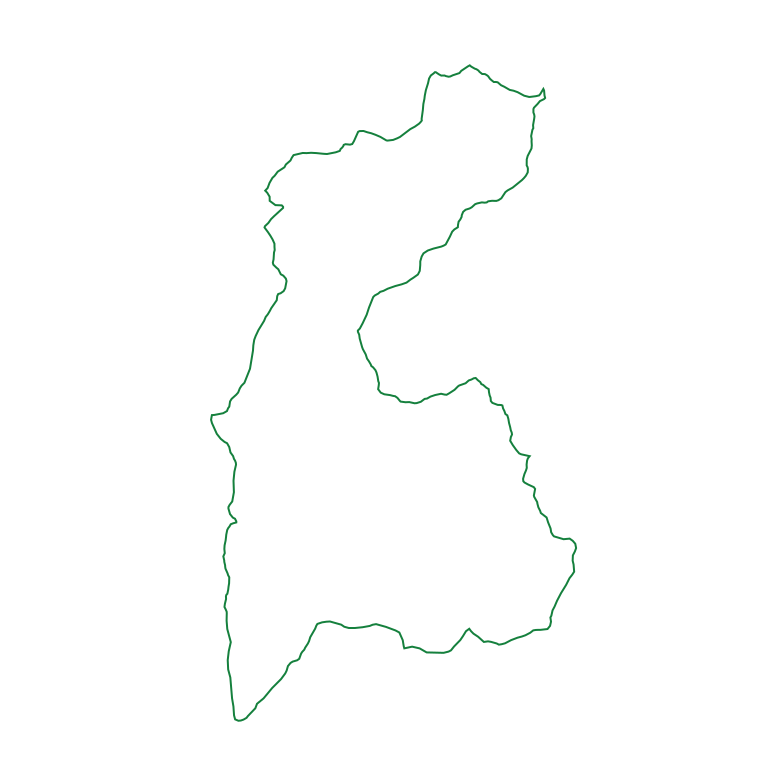 Dangchhu, Wangdi Phodrang, Bhutan (Natural Earth projection), rotated 165°
{"feature_id": "84629894B29332894979808", "entity_name": "Dangchhu", "entity_type": "district", "adm_level": 2, "iso_a3": "BTN", "parent_name": "Bhutan", "parent_adm1": "Wangdi Phodrang", "projection": "natural_earth1", "projection_center": [90.174, 27.6], "detail": "fine", "context": "isolated", "style": "outline", "palette": "green", "viewbox_px": 768, "rotation_deg": 165, "n_neighbors": 0, "source": "geoboundaries", "source_scale": "gbopen_adm2", "svg_char_len": 6160}
<svg xmlns="http://www.w3.org/2000/svg" viewBox="0 0 768 768"><g transform="rotate(165 384 384)"><path d="M254.2,672.0L255.6,671.2L258.9,669.9L261.4,667.4L263.7,663.0L267.5,657.0L270.0,651.9L271.2,648.9L273.5,644.3L275.6,638.5L279.1,630.2L279.3,628.7L280.6,627.7L282.7,626.4L287.6,624.6L292.6,623.4L304.6,618.5L307.7,617.9L312.0,617.4L317.6,618.2L318.7,618.7L323.5,623.6L327.7,626.9L331.4,629.5L335.0,631.5L338.3,633.7L342.1,634.6L343.7,634.3L350.3,626.2L352.6,624.0L354.9,624.0L359.1,625.6L361.0,625.4L361.9,624.2L363.2,623.2L365.1,622.2L366.4,620.6L370.7,620.3L379.5,620.9L382.8,622.0L389.7,624.6L394.6,626.2L399.2,627.1L402.7,628.2L412.1,628.5L414.5,626.4L416.5,624.1L422.0,621.4L424.1,619.1L431.7,616.6L435.8,613.4L438.4,612.0L442.5,607.9L445.7,603.4L448.7,601.5L447.3,599.0L446.0,594.5L447.0,590.5L442.6,584.9L436.5,583.0L435.6,581.3L435.9,580.2L446.5,574.7L450.4,572.5L454.0,569.5L458.2,567.2L458.9,566.1L456.8,560.8L455.3,556.4L454.2,552.4L453.5,547.9L454.3,544.8L454.9,541.7L456.2,539.5L458.4,533.0L460.0,529.9L460.0,527.9L457.8,524.2L456.4,522.2L455.3,516.7L453.2,514.7L451.5,511.2L451.5,508.6L454.7,502.0L456.9,499.7L460.4,498.4L462.9,498.3L464.4,496.5L465.9,492.7L473.3,486.4L475.3,484.2L478.3,481.3L480.9,479.4L483.5,476.0L491.3,468.6L495.6,463.5L497.9,460.3L500.2,455.2L501.9,450.2L509.5,433.4L518.5,421.3L522.1,419.2L524.4,417.1L527.1,413.5L529.5,411.9L535.0,409.1L537.2,407.0L539.3,402.2L540.9,400.9L542.7,398.5L546.9,397.4L555.7,398.0L558.3,398.5L560.3,394.2L560.3,390.8L558.4,379.1L555.9,373.3L553.0,369.3L550.9,367.4L549.8,363.1L550.0,357.6L548.4,353.4L548.3,350.5L547.7,348.5L547.5,346.3L547.8,344.4L551.2,338.0L554.4,329.5L557.0,318.3L561.0,309.8L564.3,307.3L566.1,305.4L566.5,303.9L566.4,298.2L564.6,294.1L562.8,292.4L562.2,289.5L562.5,288.5L565.6,288.5L568.3,288.2L570.2,286.3L571.6,285.3L573.2,283.6L575.4,279.2L576.1,277.3L577.5,273.8L579.7,269.5L580.9,266.0L581.6,261.8L583.8,259.1L584.0,254.9L584.3,253.5L584.4,250.0L584.7,248.6L584.9,246.7L584.1,241.4L584.1,239.9L583.5,237.3L585.2,231.6L586.6,228.5L587.7,225.7L589.6,221.9L590.7,221.3L591.6,219.9L592.2,217.2L594.6,212.8L595.8,209.9L595.3,207.5L594.9,204.8L595.2,203.3L597.3,196.1L598.8,187.9L598.8,174.3L603.1,166.1L606.4,157.8L608.4,148.6L608.4,140.3L612.1,119.8L612.9,111.5L614.6,102.8L614.6,98.6L611.8,96.4L609.4,96.0L606.6,96.2L603.2,97.1L601.4,98.5L592.2,104.1L589.4,108.0L581.7,111.5L570.7,119.3L559.7,125.7L554.3,130.0L552.2,132.4L549.8,136.4L546.4,138.8L544.0,139.5L539.4,139.6L537.0,140.5L533.8,145.1L532.2,146.5L529.8,148.0L528.4,149.7L524.7,153.0L522.9,155.1L520.8,158.5L513.8,165.5L511.9,168.1L510.4,169.5L505.5,169.8L501.2,169.3L497.7,168.6L487.6,162.6L485.2,159.8L481.1,157.4L475.0,155.8L467.6,154.6L460.4,154.0L457.3,154.4L453.8,154.1L445.0,148.9L436.7,143.0L433.5,140.0L432.2,131.7L432.8,125.8L432.8,123.4L424.8,123.0L418.0,119.4L412.3,113.7L396.0,108.9L390.9,108.8L388.2,109.4L384.3,112.3L376.6,116.9L373.0,120.0L368.8,124.0L365.0,125.5L363.9,122.7L362.2,119.7L358.5,115.5L354.3,109.0L350.1,108.5L347.3,107.2L342.3,104.2L340.5,102.5L337.6,102.2L334.2,102.2L327.5,103.7L320.7,104.4L316.1,104.4L312.4,104.7L307.1,105.9L303.6,107.4L300.8,107.1L296.3,106.0L289.5,105.0L286.2,107.4L284.2,111.2L283.7,115.4L282.3,116.9L279.8,121.7L276.9,124.8L272.9,129.9L267.1,136.2L260.0,142.9L255.1,148.4L251.4,151.2L248.9,153.5L247.6,160.6L247.5,164.5L245.9,169.6L243.0,172.8L240.9,175.8L240.6,180.2L242.3,183.7L244.7,186.6L250.7,187.6L259.2,192.8L260.0,194.3L260.9,197.5L260.5,201.4L261.3,207.9L261.5,213.0L265.9,218.8L266.0,221.1L266.8,224.9L266.8,228.7L266.6,230.3L268.1,236.0L268.1,237.5L265.2,243.5L266.0,245.6L270.9,249.7L273.8,252.5L274.6,254.0L274.2,256.4L271.7,260.6L269.2,263.8L267.8,266.0L267.1,269.3L265.6,273.0L264.3,274.9L262.0,276.6L269.7,280.6L271.4,282.0L273.3,286.0L275.4,291.6L276.8,296.5L275.2,299.9L273.4,302.1L273.2,304.1L273.5,306.5L273.3,309.6L273.3,314.0L272.9,318.2L273.0,321.8L274.5,323.6L274.7,326.7L275.3,329.6L275.2,332.6L276.3,333.4L279.6,334.4L284.2,337.7L285.2,339.9L284.6,343.3L284.9,345.6L284.7,348.9L284.2,352.0L286.1,353.9L288.5,357.5L290.0,358.7L290.5,360.9L292.4,363.4L293.9,366.1L295.9,366.3L298.3,365.7L301.2,365.5L305.0,363.6L311.7,363.1L313.1,362.6L317.4,360.1L323.6,358.1L326.3,357.4L328.2,358.1L331.4,359.8L337.5,360.1L342.4,359.8L346.2,358.8L348.6,359.1L353.0,357.3L357.4,357.1L359.5,357.5L364.3,360.0L367.9,360.8L372.5,362.7L373.0,363.5L374.6,367.1L376.4,369.3L378.4,370.2L381.0,371.7L386.4,374.0L389.4,376.5L391.0,380.5L389.4,384.1L388.6,386.3L388.8,388.2L388.3,392.9L388.3,397.1L388.7,399.6L390.2,402.9L391.6,404.7L391.7,406.2L392.7,409.9L393.8,412.9L394.0,417.3L395.4,423.2L395.6,425.4L395.7,434.2L395.2,438.1L395.7,441.2L395.4,442.4L393.0,443.8L388.8,448.3L382.8,455.4L378.7,461.7L371.9,470.8L370.0,471.9L366.2,472.8L363.8,474.0L360.4,474.1L355.7,475.1L347.7,475.7L341.2,475.7L336.0,476.1L331.4,478.0L328.2,479.0L322.9,481.0L320.2,484.0L318.2,489.5L317.2,493.1L314.6,497.4L312.0,500.0L307.1,501.6L301.2,502.0L293.1,501.9L290.6,502.2L288.3,502.8L282.2,509.3L278.7,513.5L276.0,515.1L272.1,516.3L271.3,518.6L269.9,521.5L267.8,523.1L265.8,525.3L265.2,526.9L263.0,529.8L260.1,531.2L255.8,531.4L253.5,532.0L249.4,534.1L247.3,534.3L242.5,534.1L239.8,533.1L237.8,532.8L236.1,533.5L232.2,533.0L228.2,531.8L225.9,531.9L222.6,533.0L217.1,537.9L214.5,539.0L208.9,540.4L197.9,545.3L195.5,546.7L193.1,548.4L190.4,551.2L189.3,554.6L189.2,556.4L189.6,558.2L188.0,564.0L186.2,567.1L180.6,573.3L179.5,576.2L178.6,580.5L178.0,582.2L177.7,585.4L174.8,591.2L173.6,592.4L173.0,595.5L170.4,601.1L169.4,603.5L169.2,605.3L169.4,607.6L168.5,610.9L167.6,612.1L163.1,614.8L160.2,616.9L155.6,617.8L154.3,618.6L154.3,621.1L153.4,626.1L153.7,627.8L157.9,623.7L159.5,622.6L162.8,622.7L168.6,623.5L169.7,623.8L174.0,626.2L179.4,631.3L183.0,633.8L186.4,635.5L191.0,640.1L193.6,642.3L196.1,646.0L197.8,646.8L199.8,647.3L201.5,649.6L202.7,651.5L203.7,654.3L204.9,655.9L206.4,657.3L208.9,658.0L210.9,660.7L211.7,662.4L213.2,664.1L214.7,665.1L217.6,668.0L218.7,669.6L220.7,669.1L228.3,666.5L230.7,664.8L237.6,664.4L240.4,663.9L242.1,664.1L244.7,665.5L245.6,666.3L248.9,667.1L250.8,668.9L253.3,671.8L254.2,672.0Z" fill="none" stroke="#15803d" stroke-width="2"/></g></svg>